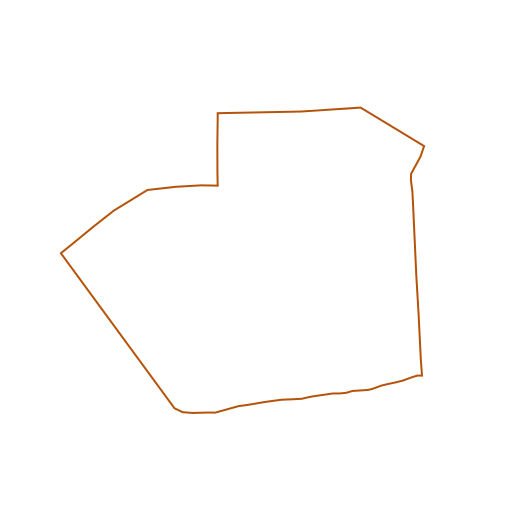 the district of DuqqI, Al Jizah, Egypt, rotated 284°
{"feature_id": "37247803B46347292779018", "entity_name": "DuqqI", "entity_type": "district", "adm_level": 2, "iso_a3": "EGY", "parent_name": "Egypt", "parent_adm1": "Al Jizah", "projection": "mercator", "projection_center": [31.205, 30.043], "detail": "fine", "context": "isolated", "style": "outline", "palette": "amber", "viewbox_px": 512, "rotation_deg": 284, "n_neighbors": 0, "source": "geoboundaries", "source_scale": "gbopen_adm2", "svg_char_len": 877}
<svg xmlns="http://www.w3.org/2000/svg" viewBox="0 0 512 512"><g transform="rotate(284 256 256)"><path d="M88.5,213.8L86.7,222.7L88.4,232.5L92.8,248.4L94.1,254.2L101.4,267.1L106.1,275.4L109.4,283.7L112.6,291.1L116.4,299.7L119.8,308.2L122.7,315.5L124.5,321.6L126.2,327.4L128.6,335.1L132.2,342.1L134.0,346.2L135.8,350.6L138.2,356.5L141.2,363.8L142.7,369.9L145.0,376.5L148.4,382.3L150.0,387.3L153.1,397.0L155.2,401.1L160.7,409.2L163.5,414.6L167.4,422.6L170.7,428.7L173.5,432.8L175.9,436.4L179.0,441.5L180.1,446.0L196.3,440.7L239.0,427.8L275.4,416.4L345.7,395.4L356.2,392.2L366.9,388.0L373.3,386.6L392.4,391.6L403.3,392.5L425.3,321.6L407.0,264.5L385.3,184.3L379.6,185.7L355.3,191.4L327.2,198.5L315.0,201.8L311.3,185.7L303.8,161.6L293.8,134.7L287.9,128.9L265.7,107.1L245.1,91.1L226.1,77.0L211.5,66.0L144.9,146.0L88.5,213.8Z" fill="none" stroke="#b45309" stroke-width="2"/></g></svg>